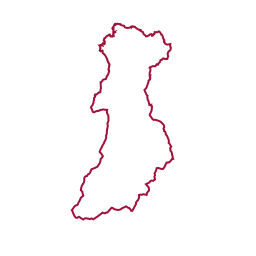 the district of Viseu De Sus, Maramures, Romania, rotated 108°
{"feature_id": "2599482B29272947771159", "entity_name": "Viseu De Sus", "entity_type": "district", "adm_level": 2, "iso_a3": "ROU", "parent_name": "Romania", "parent_adm1": "Maramures", "projection": "equal_earth", "projection_center": [24.481, 47.762], "detail": "fine", "context": "isolated", "style": "outline", "palette": "rose", "viewbox_px": 256, "rotation_deg": 108, "n_neighbors": 0, "source": "geoboundaries", "source_scale": "gbopen_adm2", "svg_char_len": 5690}
<svg xmlns="http://www.w3.org/2000/svg" viewBox="0 0 256 256"><g transform="rotate(108 128 128)"><path d="M63.5,177.7L62.3,176.2L62.8,175.8L63.2,175.8L64.0,175.5L64.5,175.2L65.0,173.8L65.4,173.4L65.5,172.9L66.1,172.0L69.0,169.0L70.1,168.5L70.7,167.8L71.5,167.4L71.7,166.9L71.7,166.7L72.5,166.2L73.1,165.3L73.6,165.4L74.2,165.0L74.9,165.1L75.4,164.8L76.5,164.7L78.1,164.8L78.6,164.5L78.8,164.0L79.2,163.9L79.4,163.6L80.2,163.4L80.3,163.5L82.6,163.4L84.3,163.7L85.3,164.2L86.0,164.0L88.2,164.2L89.8,166.6L90.3,166.9L91.2,166.9L92.5,167.7L93.1,167.7L93.2,168.1L98.2,166.2L101.6,165.6L102.5,165.3L102.8,165.6L103.2,166.7L106.0,168.4L106.2,169.6L106.4,169.7L107.1,169.7L108.3,168.9L110.0,169.6L111.3,169.0L113.0,169.0L115.0,168.6L115.9,168.8L117.3,168.8L118.3,169.3L120.0,169.6L120.8,168.6L122.9,167.0L123.6,166.2L123.6,165.2L121.9,163.5L121.6,162.8L121.0,162.1L120.9,161.3L119.9,160.2L119.4,160.0L118.8,158.5L118.0,157.4L117.7,155.4L117.2,153.5L118.1,153.5L118.9,153.0L119.9,152.8L120.7,152.2L122.0,150.7L124.5,149.7L127.1,148.8L129.7,149.0L130.6,148.8L132.3,147.8L136.8,147.3L140.1,146.4L142.1,146.5L143.8,145.7L144.7,145.8L145.8,145.7L148.6,146.2L150.1,146.2L152.3,146.8L155.1,147.1L156.0,147.4L159.4,147.6L160.0,147.0L160.4,145.8L160.7,145.3L161.7,144.3L162.4,143.3L162.8,143.2L164.2,143.5L164.6,143.8L165.9,144.4L168.0,144.0L170.1,144.0L174.2,145.1L176.2,147.1L178.6,150.0L179.1,150.1L180.1,150.0L182.8,150.4L183.6,150.8L184.4,151.7L186.3,152.1L186.8,153.1L187.6,153.8L188.3,154.0L189.3,154.1L191.5,153.3L192.6,153.1L194.8,153.4L195.6,153.7L198.2,154.1L201.2,153.8L201.8,153.5L201.9,153.1L202.7,151.8L203.4,151.3L205.3,150.4L205.9,149.7L206.5,149.7L208.0,150.8L209.1,151.3L211.0,151.4L214.8,152.1L215.9,152.1L216.7,152.3L217.8,153.7L219.0,154.6L222.7,155.7L223.4,156.1L224.0,155.4L226.7,153.2L227.8,152.2L229.3,150.2L229.4,149.7L229.2,148.7L227.6,147.2L228.5,144.0L228.8,142.3L227.4,141.2L226.8,139.7L226.4,137.3L226.5,136.2L225.3,134.7L225.6,132.8L221.4,129.5L216.5,126.1L216.3,123.6L215.3,122.8L214.9,121.6L209.0,119.0L208.8,117.9L209.5,115.6L209.0,112.0L207.8,109.9L206.0,108.7L203.1,105.5L203.9,102.9L203.7,102.2L204.0,101.5L205.0,100.1L205.7,99.6L205.5,98.3L197.9,96.9L196.4,97.3L195.1,97.0L193.6,96.2L192.3,96.0L190.3,96.0L188.3,96.8L187.5,95.6L187.3,94.4L186.2,92.8L185.9,89.7L183.5,89.8L180.8,88.7L178.1,89.9L175.9,93.6L173.2,90.9L171.1,90.0L170.7,89.0L170.5,87.8L168.6,86.4L166.0,87.9L164.5,87.7L162.8,88.7L161.1,88.3L159.4,88.2L157.3,88.3L156.6,86.8L156.7,83.8L156.1,82.0L153.7,81.2L149.1,80.7L148.7,80.0L148.7,79.3L148.1,79.0L147.8,78.1L145.3,76.9L144.1,76.7L143.4,75.5L142.4,76.3L141.4,76.7L139.3,78.1L138.6,78.3L137.0,79.6L136.9,80.0L136.4,80.5L135.9,80.9L135.0,81.1L134.4,81.6L134.0,81.7L133.3,81.3L132.2,81.2L131.7,82.0L130.3,83.4L129.6,84.7L127.8,85.1L126.5,85.8L123.6,88.3L122.7,89.4L122.5,90.1L121.7,90.3L120.3,91.2L119.9,91.8L119.7,92.9L118.6,93.1L117.7,94.0L116.9,94.1L116.1,93.8L115.1,94.2L113.8,95.3L111.9,99.0L111.8,100.3L111.7,103.8L111.9,105.1L112.4,106.2L111.9,107.4L111.4,108.3L110.0,109.9L109.5,110.8L108.9,111.4L107.8,111.5L106.6,111.1L105.7,111.2L104.4,110.9L100.1,111.8L99.7,112.2L99.4,114.5L99.0,114.2L99.2,114.9L96.0,116.9L95.5,117.3L95.1,118.0L93.6,118.6L92.9,119.2L91.4,119.4L90.4,120.9L86.8,124.1L84.2,122.9L77.8,122.8L76.6,123.1L75.3,122.4L74.7,122.3L74.7,122.1L73.3,122.3L73.2,122.4L73.3,122.6L72.3,123.2L71.6,123.1L71.8,123.4L70.1,124.1L68.8,124.4L66.9,124.4L65.8,124.6L64.7,125.1L64.3,125.6L64.1,126.1L63.4,125.8L61.7,123.6L61.3,122.9L61.0,121.6L60.8,121.1L58.6,120.5L58.4,120.1L58.5,119.7L58.0,119.4L58.3,119.0L58.1,118.9L57.7,119.0L56.5,118.7L55.5,118.0L53.5,118.1L52.6,116.8L51.7,116.7L51.0,116.1L51.0,114.7L50.7,114.3L50.8,114.0L50.7,112.8L50.1,111.9L48.8,112.1L47.4,111.9L45.8,113.0L44.7,113.3L43.0,113.1L40.7,111.8L39.8,111.8L38.3,112.1L38.0,112.3L37.7,112.9L37.1,113.2L35.1,113.7L35.8,114.9L36.2,115.9L36.6,116.6L36.5,118.0L36.2,118.9L35.2,119.7L35.2,120.2L34.1,120.7L33.6,120.4L33.1,120.7L32.0,122.2L30.5,123.0L29.0,124.4L28.8,124.6L29.0,125.0L27.6,126.5L26.6,128.0L26.7,128.8L27.8,129.6L28.1,130.7L28.6,131.4L28.4,132.1L28.7,132.3L29.2,132.0L29.9,132.0L30.3,132.3L30.7,132.1L31.1,132.8L32.6,133.0L32.9,133.6L32.0,134.0L31.5,134.7L31.6,135.1L32.0,135.5L32.4,136.2L32.9,136.6L33.4,136.6L34.7,138.1L35.3,139.2L34.7,139.8L33.9,142.1L32.1,143.6L32.2,144.2L31.5,145.9L31.7,146.4L31.6,146.6L31.0,146.4L31.0,147.5L31.2,147.9L30.6,150.6L30.1,152.2L29.8,152.4L29.8,153.0L29.6,153.8L30.0,154.1L30.2,154.5L30.2,155.5L30.5,155.6L30.2,155.7L30.5,156.2L31.6,157.0L32.4,158.0L33.0,159.1L33.2,160.3L33.2,162.0L32.0,163.4L32.3,165.2L32.2,165.7L32.2,166.4L31.8,166.9L32.0,167.0L32.0,167.3L31.8,168.0L32.0,168.5L31.9,168.8L32.0,170.0L32.5,170.5L32.8,172.2L33.0,172.4L33.7,171.8L34.0,171.8L34.0,172.6L34.5,173.0L35.7,173.1L37.0,173.4L36.7,172.9L36.9,172.7L37.0,172.7L37.0,172.9L37.2,173.1L38.4,173.1L38.8,172.9L38.9,172.2L40.6,171.7L40.7,171.3L40.9,171.7L41.1,171.6L41.3,171.5L40.9,170.8L41.4,171.1L41.0,170.6L41.3,170.7L41.4,170.3L41.6,170.5L41.5,171.0L42.0,171.4L43.5,171.1L43.9,170.5L44.4,170.5L44.7,170.3L44.7,170.7L44.8,170.5L44.8,170.3L45.1,170.3L45.4,170.8L45.6,170.8L46.0,171.3L45.9,171.5L45.6,171.5L46.0,172.0L45.8,173.0L45.8,173.4L46.0,173.4L45.8,173.8L44.8,174.1L45.0,174.7L45.5,174.9L45.9,174.9L46.1,175.5L46.6,176.2L47.5,176.5L47.9,177.0L48.4,177.2L49.4,177.4L50.0,178.2L52.3,178.1L52.8,177.5L52.8,176.9L53.4,177.0L53.4,176.8L54.0,176.5L54.7,176.3L55.4,176.3L55.3,177.6L55.7,177.9L55.6,178.1L56.6,178.3L57.4,177.7L57.4,178.4L57.1,178.6L57.0,179.0L57.5,179.7L58.1,179.5L58.4,180.5L58.7,180.0L59.2,180.0L59.9,179.2L60.7,178.8L61.1,178.7L61.2,179.0L61.8,178.9L62.6,178.7L63.1,178.8L63.5,177.7Z" fill="none" stroke="#9f1239" stroke-width="2"/></g></svg>